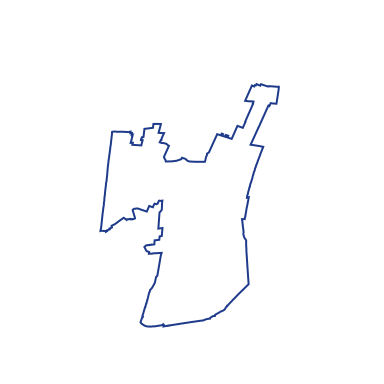 outline of Midden-Delfland, Zuid-Holland, Netherlands, rotated 306°
{"feature_id": "6326949B8148918487264", "entity_name": "Midden-Delfland", "entity_type": "district", "adm_level": 2, "iso_a3": "NLD", "parent_name": "Netherlands", "parent_adm1": "Zuid-Holland", "projection": "equal_earth", "projection_center": [4.318, 51.971], "detail": "fine", "context": "isolated", "style": "outline", "palette": "blue", "viewbox_px": 384, "rotation_deg": 306, "n_neighbors": 0, "source": "geoboundaries", "source_scale": "gbopen_adm2", "svg_char_len": 5848}
<svg xmlns="http://www.w3.org/2000/svg" viewBox="0 0 384 384"><g transform="rotate(306 192 192)"><path d="M204.3,106.5L204.1,106.5L203.9,106.4L203.6,106.1L201.8,103.3L199.5,99.8L196.6,95.9L196.0,94.6L194.0,92.2L193.7,92.0L193.2,92.2L192.6,92.7L192.2,93.0L185.2,96.9L184.6,97.4L183.8,97.7L182.9,98.3L180.4,99.5L178.4,100.7L176.5,101.7L171.7,104.3L168.4,106.0L166.4,107.2L163.6,108.7L160.9,110.3L158.1,112.0L155.5,113.6L154.0,114.4L152.7,115.2L150.9,116.3L150.2,116.6L148.9,117.1L148.7,117.2L147.7,117.9L143.2,120.4L139.0,122.8L138.0,123.5L136.4,124.2L133.5,126.1L131.2,127.2L130.2,128.0L128.5,128.9L126.4,129.9L125.5,130.5L122.3,132.2L110.5,139.0L109.0,139.8L108.5,140.0L107.6,140.3L106.7,140.8L107.0,141.0L109.9,145.4L109.3,145.8L110.4,146.4L111.2,145.8L113.3,147.4L113.9,146.7L116.2,148.1L117.4,146.8L120.2,148.3L120.7,148.5L122.3,149.1L125.8,150.1L131.0,151.9L131.0,155.6L131.9,155.6L132.6,156.7L132.9,156.8L133.4,157.4L133.6,157.4L134.1,158.0L133.8,158.4L134.6,159.2L134.4,159.4L134.5,159.6L134.9,159.8L135.0,159.8L135.8,160.6L137.0,161.4L137.4,161.2L138.3,160.1L142.5,154.6L143.5,154.7L144.4,155.0L144.7,155.3L145.1,156.0L145.7,156.5L146.1,156.8L146.6,157.5L146.8,157.9L149.6,166.9L155.6,165.6L156.2,168.0L156.3,168.1L156.7,169.3L157.1,169.1L160.4,168.6L160.6,168.6L161.3,170.5L162.4,171.0L162.6,171.0L165.3,170.4L165.5,170.4L165.8,170.6L166.4,171.9L167.6,173.1L164.9,174.6L163.9,175.4L159.8,178.0L159.3,178.1L156.4,177.8L156.1,177.9L142.6,186.3L145.5,189.3L138.6,193.4L137.1,191.9L134.1,193.6L130.9,190.2L127.5,192.3L124.2,188.9L124.4,188.9L123.3,187.8L123.3,187.7L121.9,186.3L121.7,186.3L119.5,185.8L117.5,189.9L117.5,190.2L118.3,192.6L116.7,193.4L118.9,196.2L119.3,196.4L124.9,203.2L124.4,203.4L122.9,203.8L103.8,213.2L102.3,212.9L102.0,212.9L97.3,215.1L96.5,215.3L95.5,215.5L92.1,215.9L90.9,216.0L89.6,215.9L88.0,215.7L86.5,216.4L86.4,216.3L84.6,216.8L78.1,219.5L78.0,219.4L74.9,220.7L74.7,220.5L71.4,221.9L71.3,221.7L66.5,223.4L65.5,223.8L61.7,225.1L61.5,225.3L61.8,225.7L61.4,225.8L60.5,225.6L56.4,226.9L56.2,227.2L56.3,227.3L55.8,228.2L56.0,232.1L56.4,233.6L56.6,234.2L57.3,235.4L58.6,237.4L59.6,238.6L60.8,239.9L61.0,240.4L66.8,246.2L68.1,246.4L67.8,247.7L67.8,247.8L66.6,248.1L68.0,249.5L70.1,251.4L69.9,251.5L71.7,253.2L71.8,253.2L85.0,266.5L92.7,274.4L94.7,276.6L94.9,276.6L95.7,277.2L96.9,277.9L99.1,279.7L99.9,280.9L100.5,280.7L102.2,281.1L104.2,282.1L105.1,283.4L106.4,282.9L109.7,284.5L111.2,285.1L112.0,285.4L113.2,286.2L114.1,286.7L115.1,287.2L115.9,287.4L116.7,287.5L118.2,287.3L118.8,287.3L119.7,287.4L119.8,287.4L120.1,287.3L120.1,287.5L120.5,287.5L123.5,287.8L127.9,288.4L128.2,288.4L128.4,288.4L131.2,288.9L135.8,289.5L150.7,292.0L158.8,285.2L174.8,271.9L176.2,270.7L178.0,269.4L179.1,268.5L180.5,267.3L184.6,264.3L184.7,264.1L185.1,263.4L185.3,262.9L185.3,262.6L185.8,261.3L186.4,260.4L187.6,258.8L188.4,258.1L189.4,257.6L190.4,256.9L190.7,256.4L191.4,256.0L192.0,255.4L192.9,254.5L194.6,252.8L194.9,252.7L195.6,252.1L195.7,251.9L197.4,250.4L199.4,248.4L201.0,250.6L201.8,250.2L202.4,249.8L202.8,249.8L203.5,249.5L203.9,249.4L204.4,248.9L204.9,248.8L206.3,248.0L207.3,247.7L207.8,247.3L208.3,247.1L208.6,246.9L209.2,246.6L210.1,246.2L211.0,245.7L211.3,245.5L212.4,245.2L213.1,244.8L214.8,244.0L215.4,243.8L216.1,243.3L216.6,243.2L216.9,243.1L217.3,242.8L218.3,242.4L219.5,241.8L221.2,240.9L219.7,239.8L221.3,238.9L222.2,238.6L222.7,238.5L223.6,238.2L224.7,237.6L225.0,237.5L227.4,236.6L229.0,236.0L229.3,235.8L229.5,235.7L229.8,235.7L230.2,235.8L230.5,235.7L231.2,235.1L231.8,234.9L232.3,234.7L232.8,234.5L233.6,234.4L234.2,234.1L234.9,234.0L235.4,233.7L235.7,233.6L236.0,233.6L236.7,233.3L238.4,232.8L238.9,232.6L239.8,232.1L241.6,231.5L241.9,231.4L242.5,231.3L243.2,230.8L243.7,230.7L244.8,230.3L245.4,230.3L245.8,230.1L247.1,229.7L247.7,229.3L248.6,229.1L249.2,228.9L250.0,228.8L250.7,228.4L251.1,228.2L251.8,228.2L253.0,227.8L255.1,227.3L255.4,227.1L256.8,226.7L257.7,226.5L258.7,226.2L259.1,226.2L259.5,226.0L259.8,225.9L261.4,225.5L262.1,225.4L263.2,224.9L264.1,224.7L265.0,224.5L268.3,223.6L269.3,223.4L270.4,223.1L269.4,220.9L268.7,219.4L267.5,217.0L264.7,211.6L266.9,211.2L280.7,208.4L282.2,208.1L282.5,207.9L283.0,208.0L306.9,203.0L307.1,203.9L307.1,204.1L310.1,203.4L311.0,205.1L313.0,208.4L314.9,207.5L324.6,202.5L328.0,200.6L328.2,200.3L327.9,199.9L327.2,199.1L324.6,194.8L322.8,192.0L322.5,192.1L321.9,191.2L319.7,184.4L318.1,184.7L317.2,180.8L315.7,181.0L315.4,180.1L313.9,180.3L313.4,177.9L297.0,181.4L298.7,184.5L300.6,187.3L301.3,188.6L300.1,189.0L299.3,189.1L298.9,189.3L299.0,189.6L280.2,193.7L280.0,193.8L280.0,194.1L277.9,194.5L273.8,195.4L272.2,189.9L258.3,192.9L257.7,191.0L257.2,189.3L257.0,188.6L258.8,188.2L258.5,187.3L256.7,187.7L256.4,186.9L258.2,186.5L258.0,185.9L257.9,185.7L256.1,186.0L255.2,183.4L257.1,183.0L256.7,181.7L254.8,182.1L253.6,178.4L235.0,182.2L234.9,182.3L233.7,182.4L231.9,181.6L230.9,182.3L229.0,182.7L227.8,183.1L225.9,184.0L224.0,184.7L219.0,177.8L216.0,173.3L215.2,171.9L214.8,171.0L214.6,170.0L214.6,169.6L214.9,167.7L214.9,167.3L214.8,166.8L214.4,165.5L213.8,163.8L212.5,164.0L212.2,164.0L208.4,161.3L205.2,158.0L201.3,152.9L201.8,152.3L202.7,151.0L202.8,150.3L203.5,149.2L203.9,148.7L215.8,146.2L215.7,145.4L215.8,143.8L215.9,143.0L215.7,142.3L215.5,141.8L215.2,141.2L214.8,140.1L213.7,138.3L213.4,137.3L213.2,136.7L216.0,136.2L216.2,136.6L218.4,135.7L223.2,134.8L220.2,130.2L228.7,126.9L228.0,125.8L226.8,124.1L224.4,120.8L221.0,122.7L215.1,116.4L208.0,120.4L207.1,119.4L206.6,119.6L206.4,119.6L205.2,119.9L205.2,119.7L204.0,120.2L204.9,121.6L199.9,123.6L195.1,116.0L197.1,115.2L196.8,114.6L195.7,113.5L201.7,111.2L201.7,110.9L202.1,110.7L202.4,110.7L202.5,110.8L203.2,110.5L203.5,110.3L203.3,110.1L203.5,110.1L203.3,109.8L203.5,109.7L203.3,109.4L204.4,108.8L203.3,107.7L204.5,107.0L204.2,106.8L204.3,106.5Z" fill="none" stroke="#1e3a8a" stroke-width="2"/></g></svg>